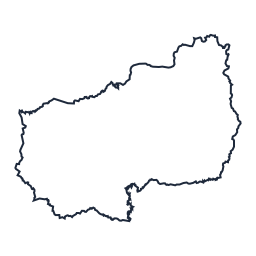 Wichian Buri, Phetchabun, Thailand (Natural Earth projection)
{"feature_id": "78962969B64397388555750", "entity_name": "Wichian Buri", "entity_type": "district", "adm_level": 2, "iso_a3": "THA", "parent_name": "Thailand", "parent_adm1": "Phetchabun", "projection": "natural_earth1", "projection_center": [101.036, 15.677], "detail": "fine", "context": "isolated", "style": "outline", "palette": "slate", "viewbox_px": 256, "rotation_deg": 0, "n_neighbors": 0, "source": "geoboundaries", "source_scale": "gbopen_adm2", "svg_char_len": 5797}
<svg xmlns="http://www.w3.org/2000/svg" viewBox="0 0 256 256"><path d="M19.7,110.6L19.3,113.2L21.6,117.5L22.6,124.1L25.8,126.1L25.3,127.5L22.7,128.5L23.7,132.8L23.3,134.1L22.2,134.3L21.6,135.1L23.4,143.3L20.4,149.9L20.1,151.5L21.4,154.2L21.5,156.5L22.6,157.5L21.4,160.1L20.2,161.0L19.2,162.8L19.1,164.1L16.7,163.9L15.4,167.9L15.9,168.9L19.6,171.5L17.6,175.3L20.8,176.7L21.8,178.5L22.3,178.4L22.8,179.6L22.7,180.5L23.6,180.7L25.3,183.2L27.5,182.3L28.2,182.5L28.0,184.2L30.8,186.1L31.9,188.9L32.5,189.1L33.3,188.3L34.4,189.7L34.5,191.1L34.0,192.6L35.2,196.9L34.3,197.9L34.5,199.0L33.8,200.5L39.6,198.5L44.7,199.3L46.9,198.8L47.1,199.8L47.8,199.9L47.8,200.4L48.4,200.2L48.7,201.0L48.0,204.0L49.9,204.4L49.7,205.3L53.1,206.5L52.5,210.8L53.3,210.9L54.6,214.4L55.8,215.1L59.3,215.0L59.7,218.0L62.4,217.2L64.7,218.5L65.0,216.6L66.7,215.6L67.8,215.3L68.8,216.1L70.6,215.9L72.1,217.1L73.0,215.9L76.0,214.2L76.7,213.0L78.8,213.0L80.0,213.6L81.9,210.8L84.1,210.9L84.8,211.7L86.0,211.9L88.0,209.7L89.6,209.2L90.2,208.1L90.9,208.5L91.4,208.2L91.9,208.7L93.2,207.6L94.6,208.3L95.2,210.0L96.6,210.4L99.5,213.5L101.5,214.5L103.1,214.4L103.1,215.1L103.6,215.7L104.4,215.1L105.7,216.1L106.6,216.0L107.1,216.5L107.8,216.1L108.3,217.5L110.5,217.4L110.8,218.5L111.3,218.5L111.4,219.4L112.1,219.9L112.8,219.8L112.8,219.3L113.9,219.0L114.3,218.4L116.2,218.4L117.6,218.8L119.5,220.5L121.1,220.7L122.8,220.0L129.2,221.1L129.2,220.3L130.1,220.0L130.5,218.8L128.7,217.2L128.4,218.3L127.8,217.9L128.2,215.3L127.9,214.5L129.2,214.4L129.3,213.9L129.2,213.3L129.0,213.7L127.8,213.5L127.8,212.2L128.2,211.7L128.6,212.4L129.7,211.4L130.0,212.0L130.8,212.2L130.9,211.6L130.3,211.1L131.2,210.1L131.1,209.3L131.7,209.2L130.9,208.1L131.9,207.9L132.3,208.5L132.3,207.2L133.0,206.8L130.7,205.7L130.7,204.1L130.4,204.5L129.5,203.7L128.5,203.6L127.8,204.7L127.4,204.4L127.9,203.4L127.6,202.3L128.5,202.0L127.9,201.0L129.2,200.0L129.2,199.2L130.3,199.6L130.1,198.5L129.2,197.8L129.9,196.0L129.4,195.3L129.7,194.0L128.9,194.5L128.7,193.5L128.2,194.3L127.0,192.8L126.3,189.3L125.5,188.3L127.0,187.7L127.9,188.8L128.9,187.3L128.0,186.5L129.1,185.9L129.6,186.3L130.5,185.2L131.3,185.6L130.8,186.2L131.4,187.4L132.0,186.1L131.4,184.2L131.9,184.0L131.9,183.2L132.6,184.5L134.4,183.7L134.7,185.1L135.4,185.1L135.4,185.8L138.0,187.7L137.3,190.6L137.5,191.3L138.2,190.9L138.3,191.4L140.3,190.6L141.0,189.7L141.0,188.8L142.8,188.3L142.8,187.2L143.7,187.2L145.4,184.5L145.7,184.8L148.3,182.3L149.1,180.6L149.8,180.5L150.3,179.6L151.4,179.8L151.8,179.2L153.4,180.1L156.5,179.9L157.8,181.3L158.4,182.9L160.1,184.0L163.9,183.3L165.1,183.4L165.7,184.4L166.8,184.9L167.2,184.5L168.6,185.0L170.6,184.3L175.2,185.3L176.7,184.5L179.6,184.5L183.5,183.0L186.7,182.5L188.4,183.6L189.8,183.7L193.1,182.9L195.8,181.4L196.6,183.0L198.1,182.7L199.6,181.6L200.9,181.6L203.1,182.4L203.1,181.5L203.6,182.2L204.5,180.5L205.1,181.2L207.9,179.8L208.3,180.1L208.8,178.9L209.3,179.4L209.8,178.9L210.4,179.8L211.2,179.3L212.7,179.8L213.2,178.7L214.8,179.3L215.4,179.1L216.0,179.4L215.9,179.9L216.9,179.6L217.1,178.7L216.6,178.4L217.3,177.7L217.9,178.0L220.6,177.4L220.1,174.8L220.9,173.6L221.0,172.2L221.7,172.0L222.6,170.4L223.4,166.4L222.9,165.1L223.1,163.5L225.0,162.8L225.5,161.6L228.0,162.2L228.1,160.5L229.2,159.7L229.5,158.0L228.9,157.0L229.7,156.2L229.3,154.3L231.0,153.2L230.7,151.2L232.6,149.7L234.0,146.7L234.0,140.6L233.4,139.5L232.2,139.0L232.8,136.5L235.3,135.1L237.2,132.2L237.0,129.4L238.3,127.9L238.4,126.4L240.6,123.5L240.3,121.7L238.8,120.8L237.8,119.2L238.0,118.4L237.4,116.5L237.8,115.0L236.5,113.9L235.1,111.5L233.9,111.1L233.0,108.6L231.7,107.9L230.6,103.9L231.1,101.2L230.0,98.7L231.5,97.4L232.1,95.1L231.8,94.2L230.8,93.5L230.9,85.5L232.1,84.7L230.2,83.1L230.2,82.3L229.4,81.5L230.1,80.6L228.5,78.5L228.2,76.6L224.1,74.3L223.3,72.9L224.5,70.5L228.3,68.5L228.9,66.7L228.9,66.3L227.0,66.1L225.5,63.5L226.0,61.0L226.6,59.8L227.2,59.7L227.6,56.8L228.6,54.5L228.4,54.1L227.3,54.6L226.3,54.0L226.1,51.2L226.8,50.1L228.3,49.5L229.4,45.3L228.4,44.4L226.6,44.5L225.5,45.3L225.2,46.7L223.9,46.8L224.1,48.0L223.0,48.0L222.8,46.9L221.1,45.4L219.0,45.0L217.4,41.1L217.2,37.3L215.0,37.0L215.0,35.5L213.2,35.7L210.8,34.9L210.1,35.2L209.2,36.7L207.2,36.0L206.5,37.4L205.1,37.7L206.2,40.0L204.8,41.5L203.3,41.7L201.9,41.0L201.2,38.2L200.2,37.4L195.8,38.8L194.1,38.2L194.6,40.1L193.8,42.9L192.3,46.1L189.9,46.1L184.9,44.7L183.9,45.0L182.7,44.3L181.1,45.9L179.4,46.3L178.5,47.4L177.0,51.6L174.5,52.3L173.8,53.6L173.6,55.8L174.7,57.8L174.0,60.5L174.5,64.3L173.3,66.1L170.6,67.3L168.4,67.6L162.3,66.6L158.9,67.0L152.9,66.7L150.7,66.1L150.5,65.5L149.2,64.9L147.5,64.9L146.3,63.8L145.3,63.6L139.3,63.8L133.5,65.4L131.5,67.0L130.6,69.0L130.5,70.9L131.1,72.3L130.5,74.7L129.8,75.1L129.6,79.3L126.4,81.4L125.0,83.6L123.0,84.9L120.3,83.3L116.9,83.3L117.0,84.1L118.0,83.8L117.8,84.8L117.2,84.9L118.3,85.5L117.7,86.5L118.2,87.3L118.2,88.3L117.6,87.7L115.8,87.5L114.5,86.1L114.9,85.8L114.8,84.6L113.6,85.2L113.6,84.7L112.8,84.6L112.5,83.0L111.3,82.0L110.1,83.9L107.8,85.2L106.6,86.8L106.4,88.1L105.7,88.6L104.7,91.1L103.6,91.7L103.6,90.9L102.4,90.6L101.3,91.5L101.5,91.8L100.0,94.0L98.0,94.4L96.9,96.0L95.7,96.0L94.3,97.2L92.3,96.8L92.1,96.0L91.0,96.4L90.2,96.1L89.0,97.4L89.0,98.2L87.9,98.5L86.9,98.0L86.5,96.9L84.7,97.0L84.4,98.2L82.4,99.1L80.0,98.9L78.6,101.2L75.0,100.4L74.1,101.2L73.9,103.5L67.8,103.2L53.9,98.7L51.6,100.4L49.3,101.4L48.8,101.9L48.9,102.5L47.8,103.4L47.2,103.1L43.5,103.7L42.7,105.2L42.8,106.2L42.2,106.7L39.9,107.3L39.7,108.1L38.9,108.7L37.6,108.9L37.3,109.7L35.4,111.4L35.3,110.6L33.9,111.5L33.2,111.0L32.5,111.3L31.3,112.3L31.5,113.1L30.8,113.1L30.3,112.1L29.9,112.6L29.5,112.3L29.4,113.0L29.1,112.4L25.8,111.8L25.2,113.4L24.4,112.6L22.4,111.9L22.2,111.3L21.8,111.9L21.4,111.0L20.9,111.5L19.7,110.6Z" fill="none" stroke="#1e293b" stroke-width="2"/></svg>